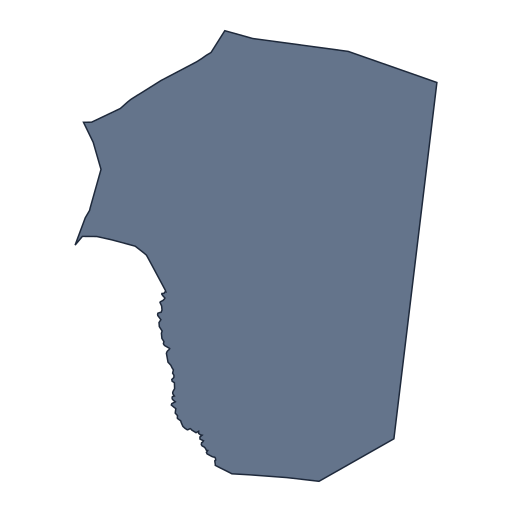 outline of San Juan Teita, Oaxaca, Mexico
{"feature_id": "50627088B56157188370772", "entity_name": "San Juan Teita", "entity_type": "district", "adm_level": 2, "iso_a3": "MEX", "parent_name": "Mexico", "parent_adm1": "Oaxaca", "projection": "orthographic", "projection_center": [-97.453, 17.075], "detail": "fine", "context": "isolated", "style": "filled", "palette": "slate", "viewbox_px": 512, "rotation_deg": 0, "n_neighbors": 0, "source": "geoboundaries", "source_scale": "gbopen_adm2", "svg_char_len": 1907}
<svg xmlns="http://www.w3.org/2000/svg" viewBox="0 0 512 512"><path d="M319.0,481.3L393.9,438.8L436.9,82.5L348.2,51.4L252.7,38.5L224.8,30.7L211.1,52.4L210.2,53.0L206.6,55.1L203.6,57.2L202.1,58.3L196.6,61.8L161.2,80.4L138.7,94.5L137.4,95.2L136.4,95.9L132.4,98.4L130.6,99.6L127.6,102.0L120.3,108.5L91.5,122.2L83.5,122.3L93.2,142.3L101.0,169.4L90.2,207.8L89.6,210.4L85.3,217.7L75.1,245.1L82.4,236.4L96.8,236.5L112.0,239.9L134.2,245.9L135.2,246.2L143.8,252.9L146.4,255.1L148.4,258.7L153.3,267.8L165.3,290.2L165.8,291.7L165.3,291.5L164.8,292.3L164.0,293.3L161.9,293.5L161.8,294.3L163.5,296.6L164.7,297.6L164.9,298.1L164.1,299.3L163.0,300.4L160.2,301.9L160.0,302.5L161.6,305.9L162.0,310.0L161.1,312.3L159.9,312.5L157.9,313.2L157.6,314.4L157.8,315.6L160.9,319.7L159.0,322.5L159.3,326.6L162.1,331.0L161.4,333.3L161.9,338.4L163.9,341.6L163.4,343.7L163.9,344.7L164.7,345.6L169.7,348.5L169.4,349.3L167.9,350.6L167.1,351.5L166.4,353.3L168.0,362.2L170.8,365.2L172.1,367.9L173.4,369.9L172.6,373.2L173.7,374.8L174.0,375.7L173.8,377.6L172.2,379.1L171.8,379.4L172.1,381.2L174.4,382.7L174.6,388.7L173.3,390.9L172.7,392.4L172.8,393.8L174.4,396.0L172.4,396.6L172.1,397.6L172.2,398.8L172.8,399.7L175.3,401.8L171.8,403.6L171.3,405.0L173.8,407.1L175.8,408.6L175.2,413.1L177.5,415.6L177.3,418.1L178.0,418.9L180.4,420.6L180.9,421.2L181.0,422.0L181.6,423.5L182.9,426.4L185.1,428.4L187.1,429.7L187.7,429.8L188.6,429.4L190.1,428.6L190.7,428.9L191.7,430.0L196.0,432.7L198.6,431.3L198.6,433.4L200.4,434.8L202.1,435.2L199.9,437.0L200.0,439.1L203.5,440.8L202.6,442.1L201.6,442.7L201.3,444.6L202.1,445.9L204.3,447.1L205.4,448.3L206.4,450.3L207.7,450.5L207.3,451.2L206.4,452.3L207.1,453.9L211.9,456.5L213.3,457.0L214.7,457.2L215.4,458.1L215.7,460.1L214.8,460.8L215.0,462.5L215.2,463.7L215.3,464.7L215.3,465.4L221.0,468.3L230.4,473.0L231.8,473.8L249.4,474.8L287.0,477.6L319.0,481.3Z" fill="#64748b" stroke="#1e293b" stroke-width="1.5"/></svg>